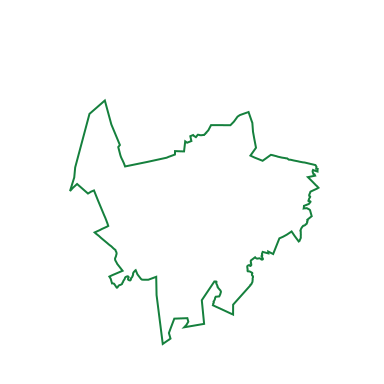 Teopisca, Chiapas, Mexico, rotated 236°
{"feature_id": "50627088B78954166074167", "entity_name": "Teopisca", "entity_type": "district", "adm_level": 2, "iso_a3": "MEX", "parent_name": "Mexico", "parent_adm1": "Chiapas", "projection": "robinson", "projection_center": [-92.534, 16.553], "detail": "fine", "context": "isolated", "style": "outline", "palette": "green", "viewbox_px": 384, "rotation_deg": 236, "n_neighbors": 0, "source": "geoboundaries", "source_scale": "gbopen_adm2", "svg_char_len": 5737}
<svg xmlns="http://www.w3.org/2000/svg" viewBox="0 0 384 384"><g transform="rotate(236 192 192)"><path d="M212.9,88.7L212.5,88.8L211.9,88.9L210.9,89.2L207.5,90.3L205.3,90.8L203.5,91.3L196.6,93.3L195.4,93.6L193.2,94.3L192.2,94.7L188.9,95.4L187.7,95.8L186.8,96.1L185.7,95.8L184.7,95.7L183.5,95.3L182.8,94.8L182.2,94.0L181.4,93.2L180.7,92.2L180.0,91.1L178.7,90.3L177.2,90.1L175.5,90.0L174.4,89.8L165.5,90.4L167.6,79.5L168.1,76.2L165.6,76.1L161.0,74.6L160.8,75.1L160.7,75.2L160.2,75.5L159.9,75.7L159.8,75.9L159.7,76.0L159.4,76.1L158.7,76.1L154.8,76.1L154.6,76.3L154.6,76.6L154.6,76.9L155.2,78.3L155.3,78.7L155.4,79.4L155.3,79.9L155.2,80.2L155.1,80.5L155.0,80.8L154.9,81.7L154.9,82.6L155.8,83.8L156.0,84.6L156.3,84.9L156.8,85.6L157.4,87.3L157.6,87.6L158.2,88.3L158.6,89.2L158.6,89.7L158.4,90.7L158.3,91.1L158.1,91.4L157.9,91.3L157.5,91.8L157.1,91.9L156.9,91.9L156.6,91.7L155.9,90.6L155.6,90.2L155.1,90.1L154.7,90.2L154.2,90.4L154.1,90.5L153.8,90.7L153.5,91.0L153.3,91.2L153.3,91.5L153.4,92.0L153.5,92.3L154.6,93.2L154.6,93.5L154.7,94.0L154.9,94.7L155.0,94.8L155.3,95.5L155.6,95.7L155.9,96.1L156.1,96.6L156.5,96.9L156.8,97.3L157.3,97.5L157.9,98.3L158.2,99.0L158.3,99.7L158.5,100.2L158.7,101.1L158.7,101.6L154.2,100.7L148.4,101.1L147.2,101.6L143.7,106.7L141.7,114.9L126.4,105.0L82.4,82.8L82.5,92.2L88.0,94.0L90.9,98.0L96.9,106.5L90.0,117.6L86.5,116.4L84.9,113.0L84.2,109.9L75.9,128.3L96.8,139.6L105.3,160.5L104.8,160.9L104.8,161.0L104.6,161.4L104.6,161.6L104.1,162.1L103.8,162.1L103.3,161.6L103.0,161.2L102.7,161.1L102.4,160.9L102.0,160.9L101.7,160.9L101.1,160.8L99.7,160.5L99.5,160.3L99.1,160.3L99.0,160.1L98.2,160.1L97.6,160.1L96.3,160.3L96.0,160.3L95.7,160.3L95.2,160.4L94.5,160.5L94.0,160.4L93.3,160.3L92.9,160.0L92.0,158.9L91.4,158.2L90.2,156.2L91.9,153.1L91.2,151.8L90.6,151.4L89.8,150.2L89.3,149.3L89.2,148.7L88.9,148.4L88.2,148.3L88.0,148.1L87.7,147.4L87.5,147.0L87.0,146.6L86.5,146.5L86.3,146.4L86.2,146.1L67.4,157.5L75.6,163.1L82.0,188.4L82.4,188.6L82.4,189.0L82.4,189.7L82.7,190.1L83.5,191.6L84.2,192.3L85.0,192.9L85.5,193.4L86.0,193.6L86.4,193.9L86.8,194.3L87.0,194.7L87.8,195.3L88.3,195.4L88.5,195.4L89.2,195.2L89.6,195.3L90.2,195.6L90.5,195.9L90.8,196.5L91.3,196.7L92.7,196.0L92.9,195.9L93.5,195.6L93.8,195.4L94.1,195.2L94.4,194.7L94.6,194.5L94.8,194.3L95.1,193.9L95.4,193.9L96.3,194.4L96.9,195.0L97.2,195.1L97.3,195.1L97.8,195.3L99.0,195.9L99.3,196.1L99.7,196.7L99.7,197.5L99.5,198.2L99.5,198.5L99.1,198.7L98.8,198.7L98.3,198.8L98.0,199.1L98.0,199.4L98.3,200.3L99.3,200.9L99.5,200.9L99.9,200.9L100.1,201.0L100.6,201.5L100.8,201.6L101.1,201.6L101.4,201.7L102.3,202.5L102.6,207.8L101.8,207.9L101.3,208.1L100.7,208.4L100.3,208.8L100.1,209.1L100.0,209.5L99.2,211.0L98.9,211.2L98.3,211.6L97.5,211.7L97.2,211.8L96.8,212.2L96.6,212.6L96.6,212.8L96.6,213.1L96.9,213.4L98.3,213.6L98.7,213.7L99.1,213.9L99.6,213.7L99.8,213.7L100.1,213.9L100.2,214.2L100.2,214.5L100.3,214.9L100.7,215.1L101.1,215.1L101.6,215.4L102.0,215.8L102.3,216.5L102.8,217.1L98.4,221.0L100.0,221.9L95.2,224.6L104.7,238.5L104.0,242.5L103.6,246.8L103.6,252.5L98.2,252.5L91.3,252.8L91.4,254.0L92.0,254.6L92.3,255.2L92.7,255.9L93.2,256.6L93.9,257.0L96.4,258.8L96.8,258.9L97.6,259.5L97.9,259.8L98.3,260.0L98.6,260.1L99.2,260.1L99.4,260.3L99.4,260.5L99.5,260.8L100.1,261.2L100.9,262.6L101.4,263.8L101.5,264.2L101.6,264.7L101.8,265.1L101.8,265.5L101.5,265.9L101.4,266.6L101.3,267.1L101.4,267.9L101.6,268.1L101.6,268.5L101.5,269.2L102.1,270.1L102.3,270.4L102.4,270.6L102.6,270.7L102.9,270.7L103.2,271.0L103.3,271.2L103.4,271.7L103.7,272.0L104.3,271.9L104.5,272.0L105.0,277.7L111.0,279.7L111.4,279.6L112.3,279.3L113.1,278.8L113.8,278.5L114.1,278.2L114.4,278.1L114.5,277.9L114.7,277.6L114.8,277.5L115.0,277.0L115.1,276.8L115.7,275.9L115.9,275.4L116.3,275.8L117.9,277.1L117.7,277.8L117.5,279.0L117.3,279.4L117.2,280.5L117.0,280.8L116.8,282.6L117.0,283.0L117.2,283.6L117.6,284.8L117.8,284.9L118.2,284.8L118.4,284.6L119.3,283.5L119.6,283.6L119.7,283.9L120.0,284.1L120.2,284.5L120.7,285.0L121.4,286.2L121.5,286.5L121.7,286.9L121.9,287.3L122.1,287.4L122.3,287.4L122.5,287.1L122.9,287.0L123.2,287.1L123.4,287.2L123.6,287.2L123.8,287.3L124.1,287.6L125.1,289.1L125.8,290.1L126.0,290.4L126.0,290.7L124.9,297.5L124.8,299.2L126.8,298.9L127.4,298.8L128.3,298.5L129.6,298.3L131.2,298.0L131.8,297.9L139.5,296.4L136.7,303.2L138.3,303.4L139.0,302.7L141.3,303.3L142.1,303.9L142.6,304.7L141.7,305.2L138.8,307.5L139.8,308.2L140.9,309.1L141.9,308.0L143.3,309.3L145.3,309.4L147.7,307.2L149.6,305.4L150.7,304.4L153.0,302.3L153.9,301.4L154.4,300.7L157.3,297.8L158.0,297.2L161.2,294.0L163.7,291.7L164.6,290.4L166.8,289.6L167.3,288.8L168.1,288.1L170.2,285.8L171.8,284.3L173.3,282.9L174.6,281.9L175.7,280.9L176.8,280.0L176.8,279.9L177.0,279.7L177.5,279.4L177.7,279.1L178.7,278.2L178.5,272.2L178.4,268.0L185.6,263.1L189.5,260.8L192.9,269.8L201.1,273.3L207.9,276.3L215.6,280.7L217.3,281.1L226.7,283.6L229.0,274.7L229.0,271.9L226.9,266.1L225.9,261.2L236.8,245.2L234.0,240.0L233.3,237.0L233.1,236.9L233.1,236.1L232.9,235.8L232.7,235.2L232.8,234.6L232.5,234.0L233.2,232.8L233.7,231.7L234.8,230.2L235.4,229.8L236.2,228.9L236.0,228.0L235.8,227.5L235.6,227.0L235.3,225.9L236.9,225.2L237.2,225.0L238.6,224.8L239.2,221.8L234.6,220.0L235.6,215.5L237.8,214.7L230.1,208.1L231.8,205.7L235.4,200.8L233.7,199.6L232.6,198.8L233.8,193.9L234.2,192.4L234.6,190.2L241.8,172.1L250.6,150.8L251.4,151.0L253.9,151.6L257.5,152.2L259.2,152.4L261.2,152.8L262.9,153.3L270.5,156.0L271.3,158.5L293.1,162.9L316.6,170.9L314.1,150.7L277.7,108.9L269.9,102.5L261.0,91.4L262.0,95.3L262.9,101.2L248.9,104.9L248.7,108.7L248.1,111.6L237.9,109.4L223.5,106.5L222.0,106.2L219.2,105.7L216.5,105.1L214.9,104.7L213.9,104.5L210.7,103.6L210.7,103.0L211.1,100.3L211.7,96.8L212.0,94.1L212.9,88.7Z" fill="none" stroke="#15803d" stroke-width="2"/></g></svg>